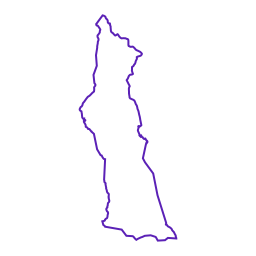 outline of Orica, Francisco Morazán, Honduras
{"feature_id": "27666195B54094389197091", "entity_name": "Orica", "entity_type": "district", "adm_level": 2, "iso_a3": "HND", "parent_name": "Honduras", "parent_adm1": "Francisco Morazán", "projection": "equal_earth", "projection_center": [-86.954, 14.819], "detail": "fine", "context": "isolated", "style": "outline", "palette": "violet", "viewbox_px": 256, "rotation_deg": 0, "n_neighbors": 0, "source": "geoboundaries", "source_scale": "gbopen_adm2", "svg_char_len": 5650}
<svg xmlns="http://www.w3.org/2000/svg" viewBox="0 0 256 256"><path d="M176.3,238.5L176.3,238.1L175.7,236.3L175.7,235.7L175.6,235.3L174.9,234.2L173.9,232.1L173.1,231.3L172.3,230.4L172.1,230.1L171.8,229.3L171.7,229.1L171.4,228.7L170.2,227.6L167.7,226.2L167.5,225.9L167.2,225.4L166.8,224.9L166.6,224.8L166.0,224.7L165.9,224.6L165.9,224.4L165.9,224.0L166.2,223.4L166.2,223.2L166.1,222.7L157.5,195.2L153.2,173.5L145.0,162.3L142.9,158.3L146.0,144.0L146.2,143.4L146.4,143.0L146.5,142.4L146.7,142.2L146.9,142.4L147.0,142.7L147.4,142.1L147.4,141.4L147.1,140.9L146.1,140.0L145.7,139.2L145.5,138.8L145.3,138.5L145.1,138.5L144.3,139.0L144.0,138.9L143.8,138.8L143.3,138.3L142.8,137.6L142.6,137.2L142.4,137.1L142.0,137.0L141.7,136.9L141.6,136.7L141.3,135.6L141.2,135.5L141.0,135.8L141.0,136.3L140.9,136.7L140.8,136.8L139.7,135.8L139.4,135.4L139.4,135.1L139.5,134.6L139.4,134.2L139.0,133.3L138.7,132.6L138.1,131.2L137.9,130.5L137.9,130.1L138.0,129.6L138.4,128.4L138.5,127.8L138.6,127.6L138.7,127.4L138.8,127.3L138.7,127.1L138.3,126.7L138.3,126.4L138.5,126.1L139.0,126.0L139.7,126.4L139.9,126.4L140.1,126.3L140.3,126.2L141.2,125.4L141.3,125.3L141.3,124.9L140.1,119.0L140.1,118.5L139.9,117.6L139.7,116.5L139.2,114.7L138.8,112.8L138.6,111.8L138.3,110.7L137.5,108.8L137.2,107.1L136.7,105.4L136.3,104.9L135.9,104.3L135.4,103.0L135.2,102.3L134.9,101.7L134.4,100.6L133.9,100.2L133.1,99.7L131.9,99.2L130.2,98.4L130.0,98.1L129.8,97.9L129.6,97.5L129.5,97.0L129.5,96.2L129.3,95.4L129.0,93.4L129.0,91.8L128.9,89.9L128.9,89.0L128.9,88.4L129.2,87.3L129.7,86.2L129.4,85.4L128.8,84.4L127.3,81.4L126.8,80.5L126.7,80.3L126.7,80.1L126.8,79.9L127.8,78.6L128.4,77.1L128.7,76.3L128.9,75.9L129.5,75.3L129.9,74.9L130.3,74.7L131.0,74.6L131.6,74.6L132.0,74.5L132.6,74.2L132.8,74.1L132.9,73.9L132.9,73.7L132.3,72.2L132.1,71.3L131.9,70.8L132.0,69.4L132.0,67.5L132.0,67.2L132.2,66.8L132.6,66.6L133.1,66.3L133.4,66.0L133.8,65.4L134.0,64.9L134.2,64.5L134.9,63.9L135.0,63.7L135.5,62.4L135.6,61.6L135.8,61.0L136.8,59.0L136.9,58.4L136.8,57.3L136.8,57.1L137.1,56.9L138.0,56.5L139.4,56.1L139.9,56.0L140.9,55.5L141.5,54.8L141.8,54.1L141.9,53.9L141.8,53.7L141.6,53.3L141.2,52.8L140.2,51.9L139.5,51.5L138.4,51.0L137.7,50.6L137.0,50.4L135.7,49.6L135.2,48.9L134.6,48.2L133.8,47.4L133.1,46.8L132.7,46.7L132.4,46.6L131.3,46.8L130.4,46.8L130.1,46.7L129.7,46.4L128.7,46.0L128.5,45.5L128.4,44.6L128.4,41.8L128.4,40.9L128.3,40.3L128.3,40.0L128.1,39.6L127.9,39.3L127.7,39.1L127.4,39.0L126.8,38.9L125.5,38.3L123.6,38.2L122.0,38.3L121.4,38.3L121.1,38.1L120.5,37.8L119.6,36.9L119.1,36.3L118.1,34.7L117.7,34.3L117.5,34.2L117.3,34.3L116.0,35.2L115.5,35.4L115.2,35.5L114.8,35.2L113.6,34.0L113.2,33.4L111.7,32.3L111.3,31.9L111.2,31.7L111.0,31.2L110.9,30.7L110.7,28.4L110.6,27.1L110.6,26.3L110.1,25.3L110.1,24.6L110.0,23.9L109.9,23.5L109.8,23.4L108.6,23.4L108.3,23.0L107.9,22.5L107.8,22.3L107.8,22.0L107.7,20.8L107.6,20.3L106.9,19.2L106.3,18.8L106.0,18.4L105.8,18.0L105.3,16.6L103.8,15.7L102.6,15.4L97.3,22.6L96.6,23.6L96.2,24.0L96.2,24.3L96.4,25.1L96.7,25.4L97.0,25.6L97.5,25.6L97.9,25.9L98.3,26.4L98.8,27.2L99.4,28.0L100.0,29.0L100.2,29.3L100.3,29.6L100.1,30.4L99.8,31.1L99.8,31.4L99.8,31.7L99.8,32.0L99.8,32.3L99.7,32.6L98.6,34.2L97.6,35.4L97.5,35.8L97.5,36.4L97.6,37.1L98.4,38.6L98.5,39.1L98.5,39.6L98.5,39.9L98.4,40.4L98.0,41.4L97.8,42.0L97.8,43.1L97.2,46.2L97.2,47.7L96.0,55.2L96.8,65.8L93.5,74.9L94.4,83.1L95.2,84.2L95.4,84.6L95.4,85.2L95.3,85.7L95.1,85.9L94.8,86.3L94.3,87.0L94.1,87.5L94.2,88.8L94.2,89.8L94.0,91.5L92.2,93.0L91.1,94.2L89.6,95.7L87.7,96.9L87.3,97.5L86.4,98.6L85.0,100.6L84.0,102.0L83.3,102.7L83.1,103.0L82.8,103.5L82.5,104.9L82.2,105.6L81.6,106.5L81.2,106.7L80.8,107.0L80.6,107.2L79.9,108.6L79.7,109.1L79.7,109.5L79.8,110.0L80.1,110.4L80.3,110.7L81.4,111.3L81.5,111.6L81.7,113.1L81.9,113.8L82.0,115.6L82.1,116.1L82.2,117.3L82.5,117.9L82.8,118.3L83.1,118.5L83.4,118.6L84.2,118.5L84.2,118.8L84.1,119.0L83.8,119.1L83.7,119.8L83.8,120.0L85.1,120.0L85.3,120.2L85.3,120.5L85.1,120.8L84.4,121.0L84.1,121.2L83.9,121.4L83.9,121.7L83.9,121.9L84.1,122.3L85.2,124.1L85.5,124.7L85.7,125.4L85.7,126.4L85.8,126.8L86.1,127.0L87.0,127.4L87.3,127.7L87.6,128.0L87.8,128.4L87.9,128.8L88.0,128.9L88.4,129.0L89.0,129.0L89.4,129.1L90.1,130.0L90.5,130.4L91.3,131.5L91.6,131.6L91.6,131.8L93.9,133.8L97.1,149.3L100.6,155.2L101.0,155.3L101.5,155.4L101.7,155.5L102.5,157.2L103.4,158.5L103.7,158.7L104.0,159.0L104.5,159.1L105.1,159.2L104.1,179.8L104.3,180.5L104.4,181.8L104.6,182.3L104.9,182.6L105.1,182.7L105.3,182.9L105.5,183.1L105.6,183.4L105.6,183.7L105.5,184.4L105.8,185.8L105.9,186.4L106.1,187.4L106.2,187.8L106.1,188.2L106.1,188.4L106.2,188.7L106.6,189.8L106.8,190.5L106.9,191.1L106.9,191.4L107.3,192.4L107.5,192.7L108.6,193.7L108.7,194.0L108.8,194.4L108.7,196.0L108.7,196.5L108.5,196.8L108.5,197.1L108.6,197.3L108.8,197.8L108.8,198.0L108.7,198.3L108.8,198.7L109.1,199.7L109.1,200.1L109.3,200.6L109.3,201.0L109.2,201.4L109.1,201.8L108.9,202.1L108.3,202.7L108.0,203.1L107.8,204.1L107.7,205.6L107.5,206.0L107.3,206.4L107.4,206.8L107.4,207.3L107.3,207.5L106.8,208.0L106.6,208.4L106.4,208.6L106.4,209.2L106.3,209.5L106.4,209.8L106.7,210.6L107.1,211.4L107.9,212.1L108.0,212.6L108.1,213.2L108.0,213.7L107.6,215.1L107.5,216.5L107.3,217.3L107.1,217.9L106.9,218.2L105.8,218.8L105.0,219.7L104.8,220.5L104.1,220.9L102.3,221.3L102.5,222.0L102.7,222.4L102.8,223.0L103.2,224.5L103.3,224.9L104.6,225.9L104.9,226.2L105.0,226.4L105.1,226.7L121.7,229.6L126.4,235.8L129.9,236.0L132.7,236.2L133.2,236.5L133.9,237.2L134.8,238.4L136.3,239.8L137.9,238.8L140.9,237.4L142.2,237.0L144.8,235.8L150.6,235.3L151.0,235.4L155.0,236.7L155.8,237.1L157.8,240.6L165.0,240.2L167.9,237.9L176.3,238.5Z" fill="none" stroke="#5b21b6" stroke-width="2"/></svg>